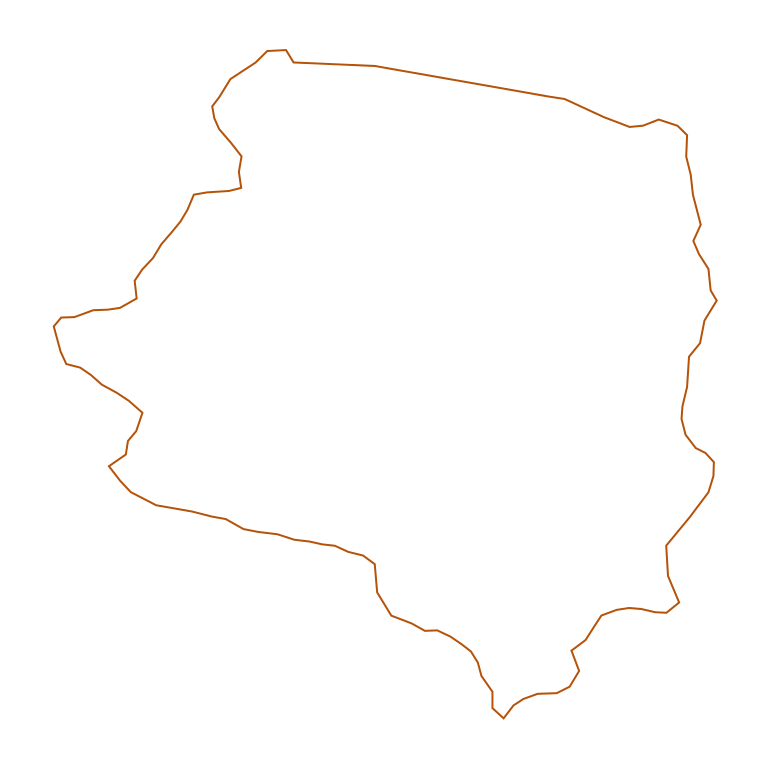 Espírito Santo do Turvo, São Paulo, Brazil, rotated 181°
{"feature_id": "56859067B99207241382744", "entity_name": "Espírito Santo do Turvo", "entity_type": "district", "adm_level": 2, "iso_a3": "BRA", "parent_name": "Brazil", "parent_adm1": "São Paulo", "projection": "albers", "projection_center": [-49.425, -22.663], "detail": "fine", "context": "isolated", "style": "outline", "palette": "amber", "viewbox_px": 768, "rotation_deg": 181, "n_neighbors": 0, "source": "geoboundaries", "source_scale": "gbopen_adm2", "svg_char_len": 1605}
<svg xmlns="http://www.w3.org/2000/svg" viewBox="0 0 768 768"><g transform="rotate(181 384 384)"><path d="M657.6,297.0L646.1,282.6L635.2,271.4L622.0,264.9L609.7,258.8L573.5,253.1L554.1,248.5L539.9,246.2L522.0,236.5L507.3,233.9L487.9,231.9L470.9,226.7L455.8,225.2L443.0,222.6L430.3,221.4L416.8,215.5L401.9,212.1L390.1,203.7L387.2,175.5L372.6,152.5L352.0,145.0L338.8,137.9L326.5,138.6L313.0,132.5L302.1,125.3L292.4,118.1L285.3,107.1L281.5,93.8L270.2,78.2L269.9,61.8L258.6,51.8L248.9,64.9L239.2,71.5L225.0,76.9L205.9,77.9L193.1,84.6L183.9,100.5L191.9,120.7L178.0,131.5L169.2,145.8L162.6,156.3L147.5,162.2L135.4,164.3L122.7,163.5L108.7,160.5L97.6,160.2L85.1,170.7L96.7,197.1L99.0,227.3L75.9,256.3L57.7,281.4L53.0,297.8L52.8,311.6L61.3,320.6L71.2,325.4L81.6,338.5L85.9,354.3L85.2,366.9L80.9,386.4L79.5,416.6L68.7,430.4L64.7,453.0L52.8,473.2L59.0,483.2L61.6,504.7L71.3,519.3L77.2,532.4L70.1,548.8L78.4,578.5L81.0,598.7L85.8,616.6L85.3,638.1L95.0,647.3L113.9,653.2L129.5,646.8L142.9,645.3L168.9,654.7L208.4,672.1L225.2,674.4L398.8,701.8L480.0,703.9L487.8,716.2L506.5,714.9L518.1,703.1L529.7,695.2L542.9,686.2L553.8,667.8L560.6,658.6L558.3,646.8L553.3,636.0L541.0,622.2L530.4,609.1L532.8,593.5L530.2,577.6L542.4,574.3L564.2,572.5L577.4,570.0L583.6,554.6L590.4,542.8L598.7,532.3L609.1,519.8L617.1,506.0L627.8,494.2L635.1,482.9L632.8,465.2L649.3,455.5L661.4,453.5L676.0,452.7L694.7,445.5L707.9,444.8L715.2,435.8L707.9,410.7L702.0,398.4L688.1,395.1L677.2,387.9L666.1,378.4L651.0,370.5L638.9,362.8L625.0,351.0L630.9,332.6L639.0,322.6L640.9,309.0L657.6,297.0Z" fill="none" stroke="#b45309" stroke-width="2"/></g></svg>